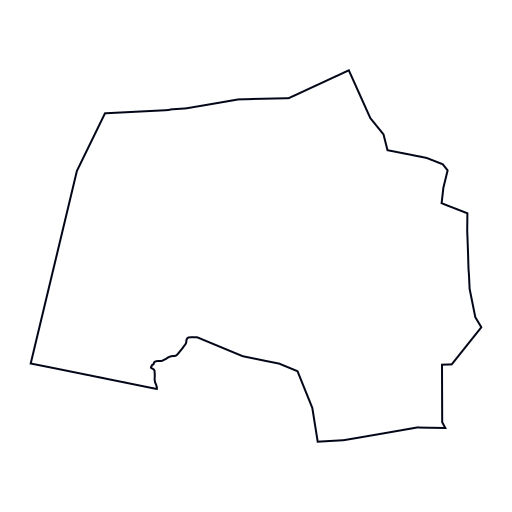 Onavas, Sonora, Mexico
{"feature_id": "50627088B8443354195275", "entity_name": "Onavas", "entity_type": "district", "adm_level": 2, "iso_a3": "MEX", "parent_name": "Mexico", "parent_adm1": "Sonora", "projection": "albers", "projection_center": [-109.518, 28.457], "detail": "fine", "context": "isolated", "style": "outline", "palette": "ink", "viewbox_px": 512, "rotation_deg": 0, "n_neighbors": 0, "source": "geoboundaries", "source_scale": "gbopen_adm2", "svg_char_len": 1712}
<svg xmlns="http://www.w3.org/2000/svg" viewBox="0 0 512 512"><path d="M447.0,169.6L442.8,164.3L426.5,157.9L387.5,150.2L383.5,134.4L370.3,118.1L348.8,70.3L288.6,98.2L251.5,99.0L251.3,99.1L238.4,99.4L185.9,108.4L170.8,109.4L169.7,109.8L166.1,110.2L105.0,113.3L76.9,170.9L72.9,187.6L69.5,201.8L56.1,257.7L30.7,363.5L55.3,368.4L154.3,388.5L156.8,388.9L156.9,387.5L156.7,386.8L156.5,386.2L156.2,385.0L156.0,384.4L155.5,383.4L155.1,382.4L154.8,380.9L154.6,379.0L154.8,375.8L154.7,373.4L154.5,370.7L153.9,369.6L152.9,368.9L152.2,368.5L151.5,368.2L151.3,368.1L151.1,367.8L151.0,367.6L151.0,367.3L151.1,366.9L151.2,366.7L151.4,366.4L151.6,366.1L151.8,365.7L152.0,365.2L152.2,364.9L152.5,364.7L153.2,364.4L153.4,364.4L153.6,364.1L153.8,363.4L153.9,363.1L154.0,362.6L154.1,362.4L154.5,362.0L155.0,361.7L155.9,361.3L157.8,361.0L159.1,361.0L159.6,361.0L160.1,361.0L160.7,361.0L161.3,361.0L161.6,360.9L162.3,360.7L163.3,360.2L164.3,359.7L165.6,359.1L166.7,358.4L167.8,357.6L169.0,357.0L170.4,356.5L171.9,356.1L173.2,356.0L174.3,356.1L175.7,355.7L176.7,355.1L178.3,353.4L179.8,351.5L181.8,349.1L183.0,347.5L184.0,346.1L185.1,344.7L185.9,343.5L186.1,342.7L186.3,341.7L186.4,340.5L186.7,339.3L187.2,338.4L187.5,338.1L188.0,337.7L188.4,337.6L188.9,337.4L189.5,337.4L190.5,337.3L191.8,337.2L197.2,337.3L201.8,339.2L202.0,339.3L242.7,356.2L266.1,361.0L279.1,363.6L297.5,371.2L312.3,407.9L317.7,441.7L343.6,440.2L358.4,437.7L417.6,427.4L421.0,427.6L445.3,428.0L442.2,422.2L442.0,364.7L451.7,364.4L481.3,327.3L481.2,327.0L475.3,317.2L469.6,288.8L469.0,275.6L468.5,268.8L468.1,255.0L467.5,238.3L467.2,231.1L467.4,213.3L448.6,206.0L441.6,203.2L443.4,187.6L447.6,170.5L447.0,169.6Z" fill="none" stroke="#020617" stroke-width="2"/></svg>